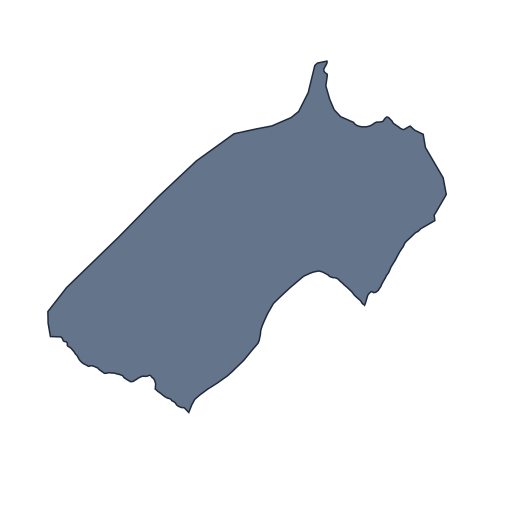 Arhab, Sana'a, Yemen, rotated 227°
{"feature_id": "15242507B7161166402599", "entity_name": "Arhab", "entity_type": "district", "adm_level": 2, "iso_a3": "YEM", "parent_name": "Yemen", "parent_adm1": "Sana'a", "projection": "robinson", "projection_center": [44.216, 15.8], "detail": "fine", "context": "isolated", "style": "filled", "palette": "slate", "viewbox_px": 512, "rotation_deg": 227, "n_neighbors": 0, "source": "geoboundaries", "source_scale": "gbopen_adm2", "svg_char_len": 5942}
<svg xmlns="http://www.w3.org/2000/svg" viewBox="0 0 512 512"><g transform="rotate(227 256 256)"><path d="M350.2,440.8L355.2,432.5L355.2,428.9L342.0,408.8L340.0,405.9L332.6,385.8L333.3,376.0L339.5,358.6L340.3,356.3L348.6,343.1L360.4,323.3L366.2,277.3L366.0,224.8L363.5,168.3L362.1,96.1L357.3,65.9L348.6,58.1L337.3,50.7L330.0,58.0L329.3,58.2L328.5,58.2L327.0,57.9L326.4,57.6L325.8,57.3L325.1,57.3L324.4,57.4L323.7,57.9L323.1,58.4L322.5,58.7L321.8,58.7L321.1,58.6L320.4,58.2L319.5,57.1L318.9,56.9L318.2,56.9L317.5,57.1L316.9,57.4L316.2,57.5L315.4,57.6L314.7,57.8L313.2,57.8L312.5,57.7L311.1,57.7L309.6,57.6L308.9,57.5L308.3,57.2L307.7,57.1L306.2,57.2L305.5,57.2L304.8,57.1L304.1,57.0L301.9,56.3L301.2,56.2L300.5,56.1L299.8,56.0L299.1,56.0L298.4,56.0L297.5,56.0L296.7,56.1L296.1,56.3L295.3,56.3L294.6,56.5L293.7,56.8L293.1,57.1L291.7,57.6L291.1,57.8L290.3,57.9L289.6,58.2L289.1,58.7L288.9,59.3L288.7,60.1L288.2,60.6L287.6,61.1L286.9,61.6L286.2,62.0L285.2,62.5L283.6,63.2L282.8,63.5L282.2,63.9L281.4,63.9L280.6,63.8L279.9,63.9L279.1,64.0L278.2,64.2L277.2,64.4L276.6,64.5L275.8,64.7L275.0,64.8L274.1,65.0L273.4,65.3L272.8,65.9L272.4,66.5L271.9,67.2L271.5,67.9L271.2,68.6L270.6,69.2L270.1,69.7L269.4,70.2L268.9,70.6L268.3,71.2L267.7,71.8L267.2,72.4L266.6,72.8L265.3,73.5L264.6,73.9L263.3,74.8L262.7,75.2L261.3,76.0L260.5,76.3L259.9,76.6L259.2,76.8L258.5,76.8L257.8,76.6L257.1,76.5L256.4,76.6L254.8,77.1L253.4,77.4L251.8,77.9L251.2,78.1L250.4,78.3L249.7,78.5L249.1,79.1L248.6,79.8L248.2,80.5L247.8,81.3L247.8,82.0L247.7,82.8L247.5,83.4L247.3,84.2L247.2,85.1L247.1,85.8L247.0,86.6L246.8,87.4L246.3,88.8L246.1,89.5L245.8,90.2L245.5,91.1L245.0,91.5L244.4,92.1L243.9,92.6L243.3,93.1L242.9,93.6L242.5,94.2L241.8,95.7L241.5,96.5L241.1,97.1L240.5,97.3L238.4,97.2L237.7,97.1L236.4,97.5L234.1,97.0L230.9,95.4L227.4,91.5L227.0,91.6L226.3,91.8L225.4,91.8L224.7,91.8L224.0,91.9L223.3,92.0L222.7,92.2L221.9,92.3L221.2,92.4L220.5,92.7L219.8,92.7L218.9,92.8L218.2,92.9L217.5,93.0L216.9,93.2L216.0,93.2L215.3,93.4L213.1,94.1L211.8,94.7L211.3,95.1L210.6,95.5L209.9,95.9L209.2,96.0L208.5,95.9L207.8,95.7L207.2,96.0L205.7,96.4L205.1,96.6L204.4,96.8L203.6,96.8L202.9,96.7L202.2,96.6L201.5,96.4L200.7,96.4L200.0,96.5L199.3,96.7L198.7,96.9L196.6,97.8L196.0,98.2L195.4,98.6L194.9,99.1L194.4,99.7L194.1,100.0L187.4,100.1L190.9,107.4L192.9,113.4L192.7,120.1L191.5,130.4L189.5,140.9L187.8,153.5L187.7,161.2L187.8,161.2L187.8,162.6L188.0,175.7L189.8,188.7L190.8,197.9L192.0,200.6L195.6,205.7L198.3,208.7L200.7,212.9L203.0,218.0L205.9,225.1L209.4,236.4L209.6,246.8L209.6,258.9L208.8,275.8L208.3,278.5L208.1,279.0L207.8,279.9L207.5,280.7L207.2,281.4L207.0,282.2L206.8,283.0L206.5,283.8L206.2,284.5L205.9,285.1L205.6,286.0L205.2,286.7L204.9,287.4L204.5,288.1L203.9,289.0L203.0,290.5L202.6,291.2L202.0,291.8L201.4,292.3L200.7,292.7L200.0,293.1L199.4,293.5L198.8,293.8L196.6,294.6L195.9,294.9L195.2,295.1L194.5,295.3L193.0,295.8L191.5,295.8L190.9,295.9L190.1,296.2L189.5,296.5L188.8,296.9L188.2,297.2L187.6,297.6L187.0,298.1L186.4,298.8L185.9,299.2L185.3,299.5L183.9,300.1L183.3,300.2L182.6,300.3L181.0,300.4L180.3,300.3L179.6,300.4L179.0,300.5L178.2,300.7L177.5,300.7L176.2,300.8L175.5,300.7L174.7,300.8L173.9,300.9L173.2,301.0L172.2,301.1L171.3,301.2L170.5,301.3L169.6,301.3L169.0,301.4L168.2,301.4L167.5,301.5L166.6,301.5L165.9,301.6L163.5,301.6L162.8,301.6L162.1,301.4L161.4,301.3L160.7,301.3L159.9,301.3L158.5,301.3L157.8,301.4L157.0,301.4L156.0,301.6L155.3,301.6L154.5,301.7L152.9,301.9L152.2,301.9L151.6,301.8L150.9,301.8L150.1,301.6L149.5,301.4L148.1,301.4L147.3,301.6L146.5,301.8L145.9,301.8L147.0,304.1L150.5,310.0L151.3,311.6L151.5,314.8L151.3,316.0L150.9,316.5L150.4,316.7L149.7,316.8L149.0,317.0L148.6,317.5L148.1,318.3L147.6,319.7L147.5,322.0L147.6,322.6L147.9,323.4L148.1,324.2L148.2,325.0L148.4,325.8L148.6,326.5L148.9,327.3L149.3,328.0L149.6,328.7L149.8,329.4L150.4,331.1L150.7,331.7L150.9,332.6L151.1,333.4L151.6,335.1L151.8,335.8L152.1,336.4L152.7,337.9L152.9,338.6L153.0,339.5L153.2,340.5L153.5,341.8L153.8,342.6L154.1,343.4L154.5,344.1L155.1,345.6L155.5,346.3L155.8,347.0L156.0,347.9L156.3,348.7L157.0,351.4L157.3,352.3L157.5,353.0L157.8,354.6L158.1,355.3L158.6,356.8L158.9,357.6L159.1,358.3L159.4,358.9L159.6,359.6L159.9,360.5L160.2,361.4L160.4,362.1L160.7,362.7L161.2,364.4L161.3,365.1L161.6,366.1L161.9,367.1L162.1,368.1L162.2,368.8L162.3,369.5L162.5,370.2L162.8,371.0L163.2,371.8L163.6,372.6L163.8,373.3L164.0,374.1L164.1,375.0L164.2,376.5L164.2,378.1L164.2,378.9L164.2,381.7L164.2,382.5L164.2,383.2L164.2,384.9L164.3,385.6L164.3,386.3L164.3,387.7L164.2,388.5L164.1,389.5L163.8,390.2L163.5,391.0L163.5,391.7L163.5,393.6L163.6,394.5L163.6,395.2L159.9,411.0L164.3,414.1L165.2,417.3L166.4,421.3L171.1,436.8L171.2,437.1L185.5,446.2L219.8,453.9L231.0,461.3L233.7,460.2L240.0,457.8L245.8,457.4L246.2,456.5L246.4,455.8L246.7,454.3L246.9,453.5L247.3,452.0L247.4,451.3L247.6,450.6L248.0,450.0L248.5,449.6L249.3,449.3L250.6,448.7L251.2,448.6L251.9,448.5L252.7,448.4L253.3,448.3L253.9,448.2L254.7,447.9L255.3,447.9L255.9,447.7L256.8,447.5L257.6,447.3L258.2,447.2L259.0,447.0L260.3,447.0L260.9,447.2L261.5,447.5L267.0,447.4L268.5,446.4L268.6,446.0L268.6,443.9L267.9,440.7L268.7,439.3L269.2,438.3L271.7,435.5L271.8,435.4L272.0,434.6L272.2,433.9L272.4,433.1L272.6,431.4L272.8,430.7L272.9,430.0L273.1,429.2L273.3,428.5L273.6,427.8L274.0,427.1L274.4,426.2L274.8,425.6L275.2,425.0L275.8,424.2L276.4,423.5L276.9,423.0L277.4,422.5L278.0,421.8L278.7,421.2L279.3,420.8L280.5,419.9L281.1,419.6L281.8,419.3L282.4,418.9L283.1,418.7L283.8,418.5L284.5,418.4L285.2,418.3L285.8,418.3L287.2,418.5L300.2,412.9L309.7,412.9L320.4,416.8L332.8,423.1L339.1,430.9L340.4,432.1L340.8,431.9L341.5,431.8L342.2,431.7L343.4,431.6L344.1,431.6L344.7,431.8L345.3,432.0L345.8,432.4L346.3,433.0L346.7,433.8L347.0,434.6L347.5,436.0L347.6,436.7L347.9,437.4L348.2,438.2L348.3,438.5L348.6,439.2L349.0,439.8L349.4,440.4L350.0,440.7L350.2,440.8Z" fill="#64748b" stroke="#1e293b" stroke-width="1.5"/></g></svg>